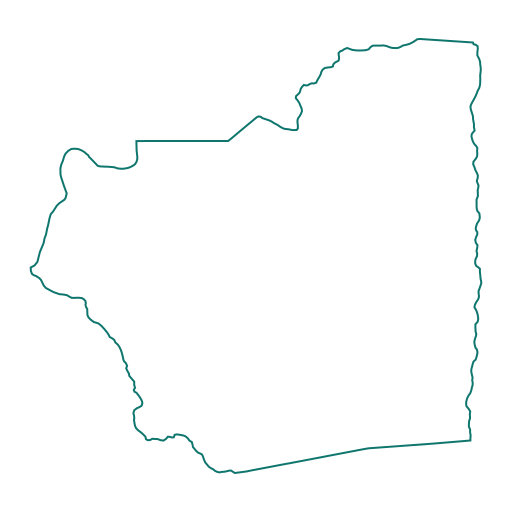 the district of Buritirama, Bahia, Brazil
{"feature_id": "56859067B31894088249853", "entity_name": "Buritirama", "entity_type": "district", "adm_level": 2, "iso_a3": "BRA", "parent_name": "Brazil", "parent_adm1": "Bahia", "projection": "orthographic", "projection_center": [-43.67, -10.572], "detail": "fine", "context": "isolated", "style": "outline", "palette": "teal", "viewbox_px": 512, "rotation_deg": 0, "n_neighbors": 0, "source": "geoboundaries", "source_scale": "gbopen_adm2", "svg_char_len": 5370}
<svg xmlns="http://www.w3.org/2000/svg" viewBox="0 0 512 512"><path d="M88.3,155.3L86.4,153.9L84.3,152.0L81.6,150.4L78.2,149.0L74.1,148.7L71.3,149.0L68.3,150.8L65.5,153.7L64.1,156.6L63.0,160.4L61.1,165.1L60.4,168.5L60.5,174.4L61.1,177.2L64.0,186.0L66.7,193.4L65.6,197.9L64.4,199.7L59.2,203.3L56.8,205.7L53.0,211.6L50.8,214.1L49.6,218.0L48.0,225.6L47.3,228.0L46.0,234.5L44.5,238.5L43.6,243.1L39.9,252.0L37.4,261.9L34.5,265.5L30.7,267.5L30.9,271.0L32.0,273.9L33.6,275.1L36.2,276.1L39.4,278.2L40.9,279.8L42.1,282.1L43.7,285.5L45.9,288.0L51.6,291.1L53.8,292.2L59.5,294.2L62.4,294.4L66.8,295.1L69.1,296.5L71.8,297.9L74.4,297.9L78.1,297.7L81.9,298.1L83.9,299.3L85.4,301.0L85.8,302.9L85.5,304.8L86.1,307.2L87.2,308.9L87.3,311.5L87.4,314.9L88.5,317.4L90.5,319.5L93.8,322.0L96.4,322.8L98.4,323.4L101.6,326.0L103.0,327.6L104.6,329.3L105.7,330.8L107.1,332.4L108.7,334.9L109.7,337.0L112.3,338.4L114.2,339.9L115.4,342.5L117.7,344.5L119.2,346.6L120.6,349.4L121.8,352.7L122.8,356.7L123.4,359.7L124.1,361.4L125.8,363.0L127.1,365.8L126.2,368.3L127.3,370.8L128.9,373.5L129.3,375.9L131.0,377.9L134.2,381.6L134.2,384.8L135.0,387.8L133.8,390.0L134.5,391.7L136.5,392.8L138.5,395.3L139.8,397.2L141.4,399.8L142.3,402.3L142.2,404.2L141.4,405.9L139.2,407.2L136.9,408.2L134.2,410.3L133.4,413.3L134.0,415.5L134.3,418.2L134.0,420.0L134.4,422.8L135.0,425.7L135.9,427.9L137.7,429.9L139.2,431.1L140.8,432.3L142.2,433.5L143.8,435.0L145.4,436.7L146.0,439.2L147.8,440.2L150.2,440.0L152.3,438.8L155.6,439.0L157.8,439.1L160.3,440.1L163.5,440.6L166.1,438.8L167.9,436.7L170.1,436.9L172.0,437.5L173.8,437.3L174.7,434.8L176.6,434.4L178.7,434.6L181.3,435.1L183.5,435.5L185.6,436.4L187.7,438.2L189.5,440.7L191.8,442.0L192.5,444.5L193.0,447.1L194.4,448.7L195.7,450.4L198.0,452.6L199.7,453.3L201.9,454.4L203.0,456.5L204.0,459.7L205.2,462.3L206.7,464.2L208.8,466.7L211.1,468.3L213.1,469.2L214.9,470.8L217.2,471.9L219.5,472.4L221.6,471.9L224.0,471.8L226.6,471.3L229.3,470.6L231.1,470.6L232.9,471.8L234.8,473.0L246.9,471.4L252.0,470.3L255.8,469.6L286.9,463.7L288.8,463.4L361.2,449.6L368.5,448.3L431.9,443.7L436.8,443.3L470.4,440.5L470.4,438.5L470.6,435.2L470.1,432.4L470.1,429.5L468.9,426.7L468.9,424.4L469.1,421.0L470.0,418.6L470.0,416.6L469.8,414.6L470.2,411.4L468.6,408.7L466.5,406.3L466.1,403.9L466.3,401.4L467.2,398.2L468.5,395.6L470.3,393.1L471.5,389.6L471.9,387.3L472.6,385.3L472.7,382.9L472.2,380.1L472.6,377.6L471.9,374.8L471.2,371.1L471.5,368.5L472.1,366.6L472.6,364.3L473.5,361.6L475.6,359.7L476.3,357.7L477.0,355.1L477.5,352.3L476.9,349.5L475.5,347.8L474.8,345.1L474.3,342.5L474.6,340.3L475.1,338.4L475.9,336.3L476.3,334.1L475.6,331.6L475.5,329.2L475.4,327.2L475.4,324.3L477.6,321.9L478.2,319.3L478.1,317.4L477.6,314.3L476.9,312.0L475.9,309.6L474.4,307.3L475.0,304.6L476.4,301.9L477.6,300.2L478.5,298.6L479.0,296.2L478.6,293.4L478.6,290.9L479.3,289.1L480.4,286.0L481.3,283.1L481.1,281.1L480.6,278.9L480.4,276.8L480.2,274.6L479.9,271.8L479.9,268.8L478.3,267.3L476.3,266.0L475.2,263.6L475.2,261.3L475.5,259.3L477.0,256.2L477.2,253.7L476.5,251.0L477.2,247.9L477.5,245.2L475.9,242.9L475.2,240.0L476.1,237.1L477.3,234.3L477.3,232.1L476.1,230.4L475.7,228.5L476.1,226.4L477.2,223.3L479.1,220.4L479.8,217.8L479.6,215.3L479.3,213.3L477.5,211.2L476.9,209.4L476.6,207.4L476.6,202.8L476.5,199.8L477.9,196.1L477.8,192.8L477.7,190.0L478.3,187.5L478.5,185.5L477.7,183.5L476.8,181.1L477.6,178.3L477.9,175.5L476.8,172.8L475.5,170.4L474.4,167.0L473.2,164.4L473.4,161.8L475.9,158.6L477.1,156.4L477.3,153.9L477.1,151.1L477.3,148.0L476.2,146.0L474.5,144.3L473.2,142.1L472.3,139.8L471.5,136.6L471.7,134.3L472.8,132.6L474.6,130.6L473.9,126.8L474.0,124.2L473.5,121.6L473.1,119.4L472.9,116.0L471.5,111.6L470.7,109.0L470.5,106.2L471.2,104.3L472.4,102.0L473.8,99.5L475.5,96.3L476.6,93.7L477.6,91.0L479.2,88.0L479.8,85.9L480.1,84.1L480.2,81.6L480.3,79.2L480.2,76.8L480.2,74.9L480.5,72.9L480.8,69.6L480.6,66.7L480.2,64.5L480.1,61.9L479.2,59.0L477.3,55.3L477.4,51.8L477.8,48.8L477.6,46.2L475.7,44.7L473.6,44.3L473.0,42.5L421.9,39.1L420.0,39.0L417.3,39.2L415.2,40.7L412.5,42.4L409.5,43.9L406.3,44.8L403.0,45.5L400.5,46.9L398.7,47.7L396.4,48.1L392.1,47.9L389.5,47.2L386.3,45.9L382.9,45.4L381.1,45.6L378.4,45.6L375.0,45.6L372.7,45.7L370.4,47.2L368.7,49.3L365.7,50.2L362.3,50.4L359.7,50.5L356.3,50.4L352.5,49.9L349.8,49.0L347.2,48.0L344.2,49.2L342.3,50.6L340.4,51.2L338.5,53.2L338.9,56.2L339.1,58.8L338.4,60.8L336.4,61.8L334.8,62.7L333.3,64.4L332.9,66.4L331.1,67.2L328.3,67.4L324.8,68.0L322.6,69.7L321.3,72.0L320.7,74.3L319.2,77.2L317.6,79.7L316.2,82.7L313.7,83.5L311.9,83.3L309.9,84.0L307.9,85.2L306.0,85.5L303.9,84.9L302.1,86.8L300.7,88.9L300.3,90.8L299.5,92.8L298.0,94.3L296.0,96.2L295.8,98.2L297.7,100.5L299.2,102.8L300.5,105.9L301.6,108.5L302.0,111.2L300.9,113.9L299.5,116.4L298.2,118.1L297.5,120.0L297.5,122.4L297.9,125.8L297.8,128.6L296.6,130.0L292.6,130.1L288.6,129.3L284.3,128.8L282.2,127.9L279.9,126.6L278.0,125.2L276.3,124.3L274.1,123.2L271.9,121.7L269.5,120.5L266.9,119.6L264.5,118.8L262.4,118.1L260.7,116.8L258.6,116.4L256.7,117.3L239.6,131.5L233.1,137.0L228.2,141.0L147.5,141.0L136.4,141.1L136.6,150.3L137.3,156.9L137.3,158.9L136.5,161.9L134.9,164.3L133.4,165.4L131.5,166.5L129.3,167.5L127.3,168.1L125.4,168.4L123.0,168.8L121.0,168.7L118.0,168.5L114.0,167.2L107.7,166.7L105.1,166.7L102.3,166.5L99.9,166.4L97.7,165.8L96.2,164.2L93.5,161.4L90.5,158.3L89.1,157.0L88.3,155.3Z" fill="none" stroke="#0f766e" stroke-width="2"/></svg>